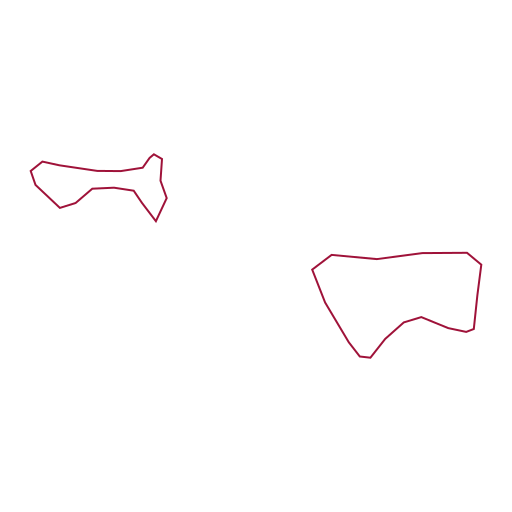 Manu'a, American Samoa, United States of America
{"feature_id": "52423323B93715825211285", "entity_name": "Manu'a", "entity_type": "district", "adm_level": 2, "iso_a3": "USA", "parent_name": "United States of America", "parent_adm1": "American Samoa", "projection": "albers", "projection_center": [-169.56, -14.213], "detail": "fine", "context": "isolated", "style": "outline", "palette": "rose", "viewbox_px": 512, "rotation_deg": 0, "n_neighbors": 0, "source": "geoboundaries", "source_scale": "gbopen_adm2", "svg_char_len": 575}
<svg xmlns="http://www.w3.org/2000/svg" viewBox="0 0 512 512"><path d="M312.2,269.6L325.1,302.5L348.8,342.3L359.8,356.5L370.4,357.7L385.2,338.9L403.8,322.4L421.3,317.1L448.2,328.1L466.2,331.9L473.8,329.0L477.4,295.0L481.3,264.7L467.0,252.8L422.3,253.1L376.8,259.1L331.6,254.9L312.2,269.6ZM30.7,171.0L35.5,184.9L59.9,207.9L75.6,203.0L92.3,188.7L114.0,187.7L133.7,190.7L141.9,202.8L155.9,221.2L166.7,198.1L160.5,180.7L162.0,159.0L153.9,154.3L149.6,157.9L142.7,167.7L120.7,171.1L97.2,170.9L59.4,165.3L42.4,161.6L30.7,171.0Z" fill="none" stroke="#9f1239" stroke-width="2"/></svg>